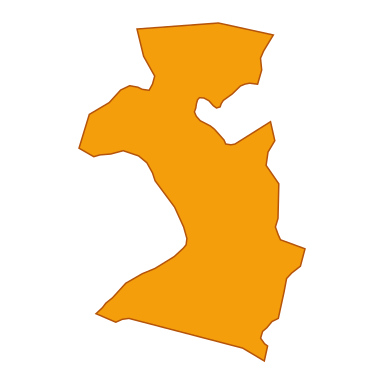 the border of Šentjur pri Celju, rotated 180°
{"feature_id": "SVN-220", "entity_name": "Šentjur pri Celju", "entity_type": "Municipality", "adm_level": 1, "iso_a3": "SVN", "parent_name": "Slovenia", "parent_adm1": "", "projection": "robinson", "projection_center": [15.433, 46.187], "detail": "fine", "context": "isolated", "style": "filled", "palette": "amber", "viewbox_px": 384, "rotation_deg": 180, "n_neighbors": 0, "source": "natural_earth", "source_scale": "10m", "svg_char_len": 1229}
<svg xmlns="http://www.w3.org/2000/svg" viewBox="0 0 384 384"><g transform="rotate(180 192 192)"><path d="M105.2,200.2L106.0,165.6L108.6,157.0L105.7,149.0L103.5,144.2L79.0,135.2L83.6,117.8L92.3,111.0L97.4,105.5L99.9,92.3L105.7,65.6L112.0,62.5L117.1,56.3L121.4,52.6L123.4,45.8L119.5,40.3L116.4,38.0L119.7,23.0L141.3,35.9L255.1,65.6L261.7,64.7L268.2,61.8L288.0,70.3L281.5,76.4L278.1,80.9L271.5,86.2L258.2,100.8L241.7,110.3L229.1,115.5L209.8,127.4L200.6,135.9L197.9,139.2L197.1,145.5L200.3,156.9L209.4,176.9L228.9,203.2L231.5,211.1L237.1,221.2L245.4,228.1L260.8,233.3L273.2,230.0L284.1,229.1L290.2,227.3L305.0,235.8L294.7,269.6L274.8,281.4L263.3,294.0L254.3,298.3L246.1,296.8L241.9,294.7L234.9,293.7L231.5,299.9L229.3,307.9L240.4,327.7L247.0,355.0L165.6,361.0L110.7,349.0L120.4,333.0L123.5,325.8L122.3,314.0L126.4,299.8L134.4,300.8L139.0,299.9L143.6,298.0L151.7,290.1L160.7,283.6L162.7,280.5L163.9,277.1L167.5,276.0L170.7,278.3L175.1,283.3L180.1,286.0L184.5,286.3L186.4,284.3L187.6,280.2L188.2,275.9L189.6,272.1L187.7,267.7L183.8,263.3L173.6,258.0L169.5,254.7L160.0,244.0L158.3,240.0L153.2,239.2L149.1,239.9L113.5,262.3L109.2,243.3L116.0,231.9L117.9,218.6L105.2,200.2Z" fill="#f59e0b" stroke="#b45309" stroke-width="1.5"/></g></svg>